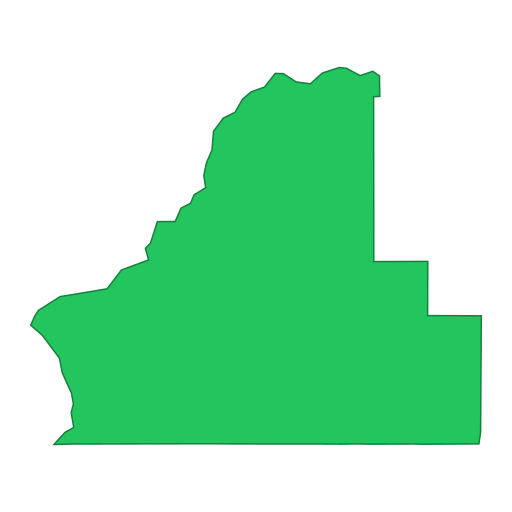 Walla Walla, Washington, United States of America
{"feature_id": "52423323B20376291216469", "entity_name": "Walla Walla", "entity_type": "district", "adm_level": 2, "iso_a3": "USA", "parent_name": "United States of America", "parent_adm1": "Washington", "projection": "mercator", "projection_center": [-118.574, 46.303], "detail": "fine", "context": "isolated", "style": "filled", "palette": "green", "viewbox_px": 512, "rotation_deg": 0, "n_neighbors": 0, "source": "geoboundaries", "source_scale": "gbopen_adm2", "svg_char_len": 1047}
<svg xmlns="http://www.w3.org/2000/svg" viewBox="0 0 512 512"><path d="M54.0,444.5L73.7,444.0L186.8,443.8L195.0,443.8L203.3,443.8L204.0,443.8L217.3,443.8L228.8,443.9L230.6,443.9L233.3,443.9L247.1,443.9L264.4,444.0L275.6,444.0L304.4,444.0L315.3,444.0L319.8,444.0L342.5,444.1L356.0,443.9L367.6,444.1L369.3,444.1L376.1,444.1L379.4,444.1L415.0,444.0L421.4,444.2L423.5,444.2L478.9,443.9L480.6,432.2L481.3,315.8L427.6,315.6L427.8,261.4L373.8,261.6L373.6,96.7L379.8,96.4L379.5,75.9L372.8,71.3L360.1,75.6L346.5,68.3L339.2,67.5L322.4,73.0L310.4,83.8L296.0,81.9L283.4,73.6L275.2,73.4L264.6,87.0L251.1,91.9L242.5,99.2L235.0,112.3L223.4,118.0L213.5,131.3L212.0,150.1L206.5,162.6L203.8,175.6L205.7,187.7L194.1,194.8L190.6,203.2L181.0,208.2L175.2,221.5L157.4,221.6L150.5,243.1L145.4,248.3L148.6,259.9L121.4,270.0L107.1,288.8L60.2,296.6L38.5,310.3L34.8,316.0L30.7,325.2L42.4,335.4L59.4,358.1L62.3,372.9L71.5,393.2L73.4,404.0L71.2,412.6L73.7,427.4L65.0,432.4L56.0,442.2L55.5,442.9L54.0,444.5L54.0,444.5Z" fill="#22c55e" stroke="#15803d" stroke-width="1.5"/></svg>